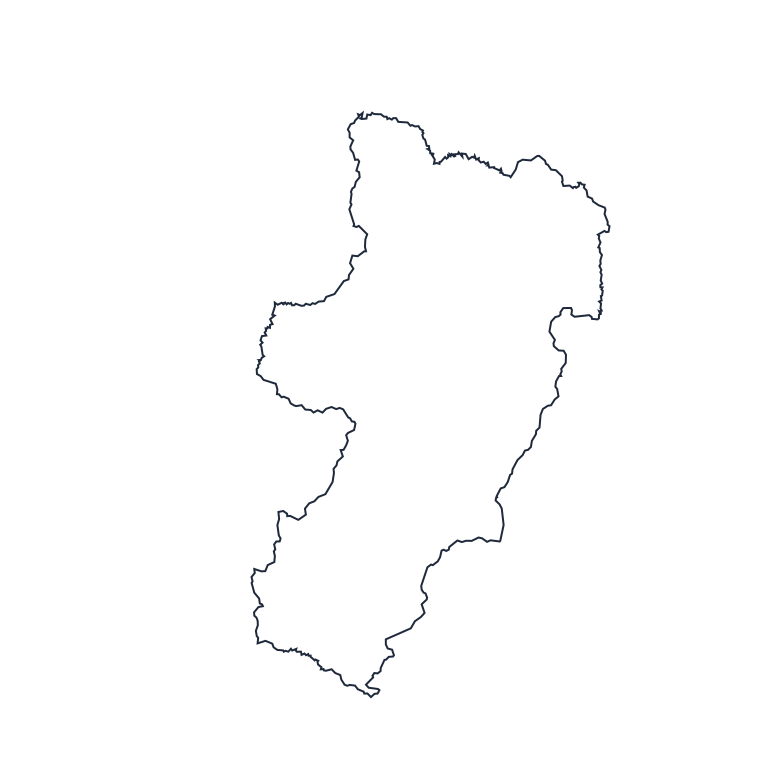 outline of Omkoi, Chiang Mai, Thailand, rotated 39°
{"feature_id": "78962969B68352553726787", "entity_name": "Omkoi", "entity_type": "district", "adm_level": 2, "iso_a3": "THA", "parent_name": "Thailand", "parent_adm1": "Chiang Mai", "projection": "albers", "projection_center": [98.302, 17.645], "detail": "fine", "context": "isolated", "style": "outline", "palette": "slate", "viewbox_px": 768, "rotation_deg": 39, "n_neighbors": 0, "source": "geoboundaries", "source_scale": "gbopen_adm2", "svg_char_len": 6165}
<svg xmlns="http://www.w3.org/2000/svg" viewBox="0 0 768 768"><g transform="rotate(39 384 384)"><path d="M509.3,199.4L509.7,197.8L507.5,194.8L508.2,193.5L505.7,192.2L507.4,192.0L506.3,190.9L507.0,190.0L504.6,189.0L502.0,184.8L499.3,184.5L500.6,182.2L497.2,179.2L497.8,178.0L495.3,173.9L493.5,173.7L493.0,171.4L491.3,172.6L489.9,171.1L490.4,168.7L487.3,167.2L484.4,162.1L481.8,160.9L481.2,158.6L477.1,156.7L476.8,154.3L474.4,151.9L472.2,146.6L468.9,145.7L466.0,142.6L464.6,143.0L463.2,137.8L459.3,135.7L458.1,133.5L456.2,133.4L459.0,126.3L461.2,126.1L462.7,124.4L460.0,119.5L457.4,119.4L455.8,117.2L448.4,113.1L446.4,109.1L444.5,108.0L438.3,110.0L431.8,110.6L429.0,109.0L424.3,110.2L419.6,106.1L415.7,105.6L414.5,102.9L412.3,104.3L410.0,103.9L408.4,105.3L410.0,105.7L410.9,107.8L409.9,110.6L408.7,110.2L407.4,111.7L407.5,112.9L403.5,112.9L398.8,117.2L395.0,114.8L394.9,113.5L391.6,110.5L382.9,109.7L379.0,112.2L373.4,110.5L371.5,111.1L368.6,109.1L360.9,109.1L359.5,110.6L357.5,117.8L350.6,122.4L348.5,127.3L351.4,134.4L352.3,143.6L350.5,143.3L345.1,146.2L343.6,145.5L341.5,146.5L341.5,144.6L339.4,143.1L339.4,146.2L339.0,145.4L333.6,146.9L333.1,146.2L329.6,149.6L327.7,148.3L327.0,148.9L327.1,147.7L325.3,146.5L324.6,149.0L321.6,148.5L319.9,150.9L316.7,150.6L315.6,148.9L314.4,151.6L310.8,149.5L311.5,151.4L309.5,152.0L308.3,156.0L302.8,153.8L299.5,155.9L301.8,158.0L296.2,157.0L296.8,158.8L293.9,161.4L295.8,162.1L295.3,163.1L292.0,162.8L292.3,163.8L290.3,164.0L291.9,165.3L289.8,165.8L291.2,167.4L290.8,169.5L288.6,169.1L288.4,175.5L287.5,176.4L288.6,178.0L285.9,179.1L284.2,181.4L282.2,177.6L277.0,175.8L277.9,175.2L277.4,174.0L274.6,175.5L273.0,173.6L270.0,174.0L271.0,172.5L269.2,170.8L267.3,172.0L262.1,168.2L260.1,168.4L257.0,166.3L256.8,164.2L255.2,164.0L254.8,162.5L251.7,163.1L248.6,161.9L245.9,164.4L242.8,165.1L242.0,166.7L237.8,165.9L230.1,171.3L226.1,169.8L223.9,171.5L223.7,173.6L220.7,174.2L219.9,176.0L217.9,174.6L215.7,176.3L211.9,176.3L206.5,180.4L204.0,180.8L204.4,183.5L201.4,185.1L203.3,188.8L200.0,192.0L198.6,192.5L198.9,190.9L196.8,186.9L196.1,190.1L194.2,190.7L196.3,192.0L195.7,197.4L196.5,199.9L194.6,203.1L195.7,208.9L199.2,210.4L202.1,214.0L206.7,214.0L208.4,220.6L210.3,222.7L214.5,223.8L220.5,228.0L222.4,226.0L224.7,226.7L228.3,235.6L231.4,235.1L235.0,238.7L234.9,244.6L237.1,249.3L236.4,252.1L237.4,255.5L239.1,256.6L243.8,264.3L245.7,264.9L247.1,270.0L260.3,278.7L260.9,280.4L263.8,279.3L264.9,277.0L276.7,278.2L278.5,283.3L282.8,289.3L286.5,292.2L285.1,293.4L283.2,301.2L278.6,304.1L281.6,311.5L287.7,313.7L288.2,321.3L290.6,325.0L288.0,329.3L288.9,345.3L284.3,352.6L285.2,357.4L281.4,361.0L280.1,365.1L277.6,366.2L277.0,369.0L272.7,370.9L272.5,373.4L270.6,375.2L264.9,377.2L264.7,379.2L263.0,380.7L260.7,379.5L260.3,381.0L258.5,381.4L258.2,383.4L256.0,382.8L254.9,384.5L256.5,385.5L253.4,385.2L251.5,389.3L247.9,389.5L250.4,392.3L253.6,400.5L256.0,399.6L254.7,405.3L259.7,407.6L258.2,409.7L260.0,412.1L257.7,412.9L258.4,414.2L257.0,415.2L259.0,417.0L258.8,419.0L262.0,420.4L259.0,423.6L260.6,427.8L263.6,428.3L263.1,431.4L265.2,432.1L271.4,437.8L273.4,437.9L272.5,440.6L273.2,442.8L271.8,444.1L273.0,444.1L272.7,445.2L274.5,446.2L274.2,448.5L275.9,450.3L275.7,452.6L279.0,456.2L283.2,455.5L287.8,456.6L299.8,451.9L304.5,455.2L307.2,459.3L308.8,458.1L312.8,458.8L314.0,457.0L319.1,455.5L323.7,457.8L327.4,457.3L329.6,456.5L333.3,452.3L338.9,453.4L343.4,450.3L347.2,450.5L349.0,446.2L354.2,444.9L354.6,439.8L357.7,434.9L362.6,433.6L364.6,430.5L368.2,429.4L377.2,432.5L379.1,432.0L382.6,433.3L384.8,432.0L386.8,432.8L389.7,438.6L386.8,444.7L386.8,447.6L391.6,450.8L393.2,455.6L394.0,460.6L391.9,462.6L397.6,466.2L396.5,473.5L398.3,477.1L398.2,481.7L401.2,484.8L405.7,492.5L407.8,506.5L404.1,513.0L403.7,519.0L401.0,523.7L401.0,530.6L405.5,534.7L402.9,543.5L394.0,545.6L392.0,547.6L390.3,545.8L385.6,546.1L382.5,549.9L387.5,555.0L389.9,560.7L397.6,567.9L400.8,569.1L402.0,572.0L399.4,574.2L399.6,577.8L403.6,581.0L403.7,583.4L407.4,586.3L410.8,591.4L407.6,597.9L409.5,604.1L406.7,606.7L399.6,609.4L402.5,612.2L402.5,617.4L406.1,620.1L406.3,621.9L414.5,627.8L422.0,629.3L425.6,632.7L428.0,632.0L429.7,632.9L426.8,636.3L426.7,643.2L429.1,645.7L431.9,645.8L434.8,647.5L437.8,650.9L439.8,656.5L443.8,660.0L445.9,660.4L449.0,665.1L453.5,658.2L460.6,656.1L463.9,658.1L468.4,657.8L473.3,654.5L474.6,655.1L475.3,653.4L478.1,652.2L478.3,648.3L480.4,648.9L482.5,645.1L483.1,646.6L484.7,647.0L487.9,644.3L490.4,646.4L491.8,643.5L494.1,643.8L495.1,641.6L496.3,642.6L497.9,641.3L498.5,642.2L504.1,642.4L504.1,641.3L507.1,640.5L507.2,641.8L509.3,643.5L513.7,643.5L514.5,645.5L516.4,643.6L517.5,644.4L519.4,643.3L522.8,638.7L528.0,639.3L533.2,637.7L536.9,640.6L542.6,642.5L545.4,641.6L546.8,639.4L551.3,636.6L555.8,637.7L561.8,635.9L563.5,637.0L565.9,634.9L570.9,635.5L571.6,630.8L573.8,628.6L573.1,624.8L571.3,624.8L563.2,629.7L559.2,629.0L560.2,618.8L558.7,618.0L558.4,614.7L561.2,612.9L562.0,609.3L560.2,606.8L558.0,598.1L559.1,596.9L559.4,593.1L562.5,590.1L562.5,588.6L557.5,585.4L553.3,587.2L549.4,585.3L546.1,581.3L558.6,557.0L557.3,548.8L559.3,542.0L559.6,536.4L551.9,531.5L552.8,524.7L552.1,523.0L548.1,520.6L546.1,521.2L542.8,520.2L540.0,517.5L533.1,499.1L534.2,494.7L535.9,494.1L537.4,488.0L536.6,483.4L533.6,477.2L534.7,475.2L537.4,474.6L538.6,472.0L537.3,469.6L539.5,459.5L544.0,457.8L546.5,454.1L550.9,450.7L554.1,443.8L557.3,442.2L563.4,441.8L565.2,438.4L573.0,433.6L573.0,432.6L565.7,418.3L553.9,406.7L549.6,404.8L544.1,404.3L542.8,402.1L543.2,400.8L542.2,400.5L540.4,391.7L542.5,388.4L541.9,382.4L539.2,375.3L539.9,373.1L537.6,369.4L535.6,359.1L536.5,351.9L535.4,347.1L537.4,344.5L537.8,340.5L534.7,335.1L533.7,327.5L531.7,324.5L532.3,320.0L525.1,309.5L523.2,303.4L525.0,297.8L527.2,295.4L526.4,288.6L527.4,283.8L521.7,278.9L518.9,278.3L516.1,273.8L515.0,267.7L516.6,266.3L514.9,265.5L514.2,262.4L512.2,260.7L512.0,253.3L507.0,246.7L502.7,245.1L498.6,248.0L492.2,247.7L490.1,245.7L489.1,242.2L479.6,239.2L474.7,230.4L475.0,224.2L477.2,221.2L477.5,218.9L475.9,217.2L475.5,212.2L481.5,207.2L483.6,208.3L485.9,212.1L489.8,211.8L500.1,201.4L503.1,201.2L504.6,202.5L509.3,199.4Z" fill="none" stroke="#1e293b" stroke-width="2"/></g></svg>